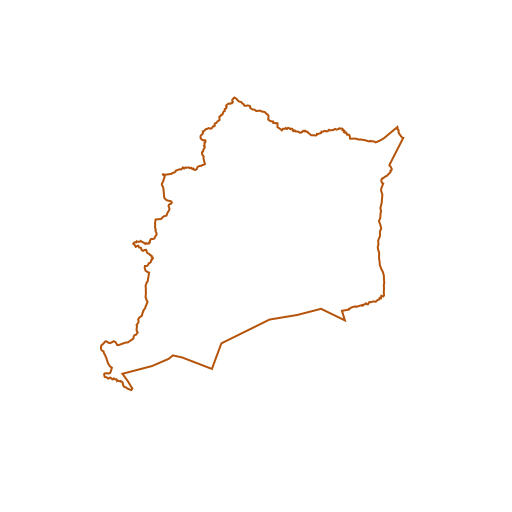 outline of Totoltepec de Guerrero, Puebla, Mexico, rotated 39°
{"feature_id": "50627088B53187609917147", "entity_name": "Totoltepec de Guerrero", "entity_type": "district", "adm_level": 2, "iso_a3": "MEX", "parent_name": "Mexico", "parent_adm1": "Puebla", "projection": "albers", "projection_center": [-97.868, 18.283], "detail": "fine", "context": "isolated", "style": "outline", "palette": "amber", "viewbox_px": 512, "rotation_deg": 39, "n_neighbors": 0, "source": "geoboundaries", "source_scale": "gbopen_adm2", "svg_char_len": 6145}
<svg xmlns="http://www.w3.org/2000/svg" viewBox="0 0 512 512"><g transform="rotate(39 256 256)"><path d="M365.6,250.1L357.3,244.5L361.9,239.2L361.5,238.6L361.9,238.2L362.3,236.5L363.6,234.2L364.6,233.2L364.9,232.6L365.8,232.6L369.4,227.2L369.8,227.7L370.2,227.5L370.4,226.0L371.1,224.7L371.2,223.6L372.6,223.7L373.4,223.1L373.1,220.4L374.4,219.6L375.8,217.4L377.8,216.3L377.9,214.8L378.8,212.3L379.1,212.1L379.1,211.7L378.5,211.0L378.7,210.3L379.0,209.9L379.5,209.9L378.4,208.0L380.4,207.3L380.3,206.1L377.9,203.5L376.2,201.0L373.5,198.0L373.0,196.7L367.4,190.5L364.6,188.6L361.1,187.0L357.6,184.8L356.0,183.0L353.1,180.4L349.3,175.6L347.4,174.6L345.0,172.5L343.8,169.8L341.2,167.1L340.0,163.0L339.1,161.5L337.8,160.2L336.5,158.0L336.2,156.0L332.6,153.2L329.9,151.8L329.4,151.0L329.0,149.1L328.0,147.2L326.1,144.8L325.0,142.4L322.5,140.5L320.4,135.9L315.6,128.8L312.1,126.5L310.9,124.8L309.2,119.6L308.3,119.8L306.9,119.4L305.5,118.0L305.3,116.1L305.7,115.9L306.7,112.2L307.2,111.6L307.7,106.2L307.4,105.5L306.8,105.1L307.2,104.4L307.2,103.5L306.4,102.8L304.0,101.7L303.0,101.8L302.4,101.3L296.1,71.6L295.6,71.9L294.3,71.9L289.8,70.7L288.2,69.4L287.7,68.5L286.0,68.4L285.5,67.4L284.7,66.8L281.3,84.0L279.7,88.2L277.5,92.4L276.3,92.5L274.9,93.1L274.2,93.8L272.4,94.6L272.5,95.1L271.4,96.0L268.0,97.3L263.8,99.7L263.4,100.3L261.6,101.1L261.3,101.6L259.6,102.0L255.3,105.6L253.0,103.5L252.4,103.3L251.7,103.3L250.7,104.3L250.2,104.5L249.3,103.6L248.2,103.3L247.7,103.5L247.4,104.3L246.6,104.4L246.3,104.4L245.8,103.1L245.1,103.2L244.3,103.7L244.2,102.9L242.8,102.8L242.2,103.0L241.4,104.1L240.4,104.3L239.8,106.1L238.9,107.2L237.4,107.5L236.7,109.7L236.0,110.1L234.4,111.9L233.3,112.0L233.2,113.9L232.5,114.4L232.2,115.0L230.6,115.5L229.7,117.4L228.6,118.1L229.2,119.4L227.4,122.1L226.5,122.8L227.1,123.9L226.4,125.0L225.6,125.3L222.9,127.4L218.9,127.4L217.9,127.0L217.2,127.6L215.6,127.7L215.5,128.4L214.5,128.4L214.5,128.9L213.9,129.3L213.8,130.8L213.4,131.0L213.4,131.6L212.7,132.5L210.9,132.7L209.6,133.3L208.5,134.3L207.2,134.0L206.6,135.4L205.7,135.4L205.6,134.8L204.2,134.4L203.3,134.7L202.8,135.8L201.3,135.8L200.4,136.2L200.2,136.4L200.2,137.8L199.8,138.0L198.6,137.8L198.4,138.9L196.9,140.2L197.0,142.1L195.7,142.0L191.5,142.3L189.3,139.4L188.5,139.6L187.7,140.6L186.9,140.8L185.8,141.6L185.4,141.7L184.7,140.7L182.3,142.1L179.9,142.3L179.6,142.2L177.6,139.3L176.1,138.7L175.2,139.0L172.6,138.6L171.5,138.9L169.6,140.1L167.9,140.3L164.9,143.2L162.9,143.2L160.9,144.3L158.4,144.6L157.0,143.3L156.5,143.3L154.6,144.4L153.2,146.1L152.3,146.5L150.8,145.8L149.3,146.1L147.9,145.6L145.2,146.7L141.4,146.1L139.4,146.5L139.2,149.4L140.0,150.5L141.1,150.8L141.2,152.4L140.6,152.8L140.1,154.1L139.1,154.4L138.7,154.9L138.1,157.3L138.4,158.4L139.3,158.5L139.9,160.1L139.2,161.5L140.5,163.0L140.0,164.0L140.0,164.9L140.9,167.1L140.2,168.2L140.3,169.6L139.9,170.8L142.1,173.3L141.4,175.6L141.3,176.7L141.5,177.4L140.7,178.8L140.8,179.6L142.0,180.7L141.7,181.7L141.1,182.1L141.2,183.9L140.8,185.5L138.6,186.5L138.2,187.7L137.1,189.2L137.1,190.7L136.7,192.4L136.3,192.7L137.5,193.9L137.7,194.8L137.3,197.0L137.5,197.8L138.8,199.3L140.6,199.7L143.1,198.9L143.4,198.1L144.4,198.4L145.1,199.6L144.8,200.6L146.4,202.5L146.3,203.2L147.6,203.5L148.1,204.9L148.2,206.6L149.1,208.1L148.7,208.5L149.0,209.8L150.4,211.0L152.8,211.7L153.8,213.3L158.5,216.7L157.9,218.2L157.0,219.1L156.7,220.4L155.5,221.5L154.8,222.9L154.6,223.7L155.2,225.7L154.9,227.1L153.6,227.9L152.3,227.4L151.8,228.5L150.2,228.2L149.4,229.4L148.0,229.4L146.5,231.2L145.3,231.7L145.3,232.9L144.8,233.5L144.3,233.6L144.0,233.2L143.5,233.2L143.6,234.2L143.3,235.9L142.1,236.6L140.0,240.1L140.3,241.1L139.9,242.8L138.9,243.8L138.6,245.4L134.3,250.0L131.6,251.3L133.8,251.3L135.1,251.8L136.9,256.7L137.5,259.3L138.2,260.0L140.9,261.2L148.1,268.5L150.1,268.9L151.2,268.8L152.4,268.5L155.4,267.0L156.8,267.3L157.1,268.2L157.0,269.0L156.3,270.0L156.1,271.3L156.7,272.3L159.0,273.7L159.6,274.8L160.2,278.9L161.0,280.9L159.3,283.4L159.0,284.6L159.2,285.6L158.8,287.1L155.0,290.8L156.9,294.1L157.9,294.9L158.8,296.5L159.6,297.4L161.4,298.5L161.6,299.3L162.9,300.2L164.7,301.1L165.4,302.5L165.4,304.3L166.0,306.3L165.4,307.6L164.2,308.3L163.7,309.0L164.1,311.5L165.0,312.2L164.6,312.9L164.8,313.9L164.1,314.1L163.4,315.2L162.5,315.2L162.3,316.3L160.0,316.3L159.6,316.6L156.8,316.9L156.7,318.0L155.8,318.9L155.0,319.2L154.3,320.3L154.1,320.2L154.2,321.0L153.6,321.2L152.9,322.1L152.9,323.7L155.5,323.9L156.3,324.5L156.8,324.6L157.6,322.5L158.0,322.1L159.8,322.9L161.5,322.1L163.6,323.4L164.7,323.2L165.1,322.9L165.4,321.8L165.8,321.5L166.2,320.7L166.6,320.4L167.5,320.7L168.3,321.5L169.9,322.1L171.8,321.6L172.8,321.9L174.7,321.5L175.4,322.4L176.8,322.1L177.3,322.9L177.5,323.9L177.0,324.2L177.1,325.0L178.0,326.4L177.8,328.4L177.2,329.2L177.7,330.6L177.6,332.1L177.3,332.7L176.0,333.6L176.8,335.2L179.4,336.9L182.2,336.6L183.4,336.2L187.9,344.2L187.7,345.6L188.4,346.9L188.7,348.3L191.8,351.7L192.8,353.2L193.4,353.5L196.2,357.7L197.4,358.0L197.8,358.7L200.4,359.8L200.7,360.1L202.1,365.1L202.7,366.3L202.8,369.6L203.5,370.2L203.5,371.3L204.9,374.2L204.1,377.1L204.3,379.4L205.9,380.7L206.5,382.1L206.6,384.8L207.8,385.5L208.8,387.4L210.2,389.1L212.1,389.8L212.3,392.7L211.4,393.9L211.5,395.2L212.7,397.4L210.8,403.8L209.1,405.4L205.2,411.8L204.1,412.5L201.3,411.4L200.5,411.4L199.0,411.8L198.5,413.4L197.4,415.5L196.2,416.2L193.8,416.4L192.7,417.0L192.5,420.5L192.1,422.5L192.4,423.6L193.6,425.3L194.8,426.2L195.8,426.4L197.6,426.1L199.3,427.4L201.0,427.8L201.8,428.5L203.3,429.1L208.7,432.6L211.7,433.6L214.3,433.5L216.1,437.9L216.2,438.8L215.5,440.1L214.0,440.8L212.3,442.5L212.2,442.9L212.7,443.8L214.5,445.2L216.7,444.2L218.3,444.3L219.2,442.2L222.1,442.2L222.5,441.9L222.5,440.7L224.6,440.3L225.2,439.7L225.9,439.8L226.7,440.5L226.9,439.8L228.6,439.3L229.4,438.4L229.9,438.6L230.0,438.3L231.4,438.0L233.0,439.0L233.6,439.7L235.6,440.7L237.8,439.9L239.1,440.0L243.4,438.8L243.4,436.9L234.7,433.8L226.3,431.6L244.4,407.0L252.8,391.0L254.0,385.5L262.3,381.4L292.8,371.5L284.2,346.1L284.2,345.4L306.5,296.9L325.3,275.7L339.8,256.1L365.6,250.1Z" fill="none" stroke="#b45309" stroke-width="2"/></g></svg>